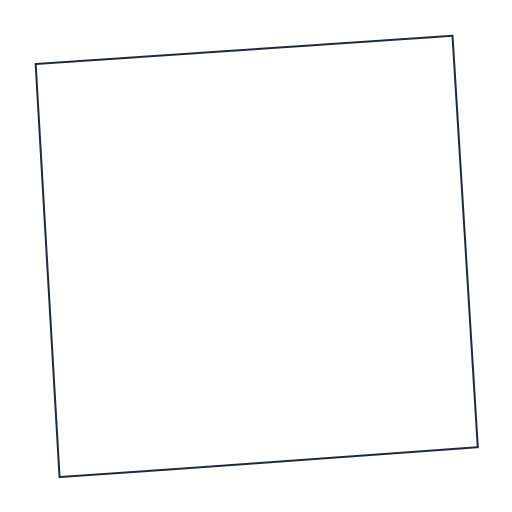 Armstrong, Texas, United States of America (Mercator projection), rotated 356°
{"feature_id": "52423323B62682340625208", "entity_name": "Armstrong", "entity_type": "district", "adm_level": 2, "iso_a3": "USA", "parent_name": "United States of America", "parent_adm1": "Texas", "projection": "mercator", "projection_center": [-101.331, 34.965], "detail": "fine", "context": "isolated", "style": "outline", "palette": "slate", "viewbox_px": 512, "rotation_deg": 356, "n_neighbors": 0, "source": "geoboundaries", "source_scale": "gbopen_adm2", "svg_char_len": 233}
<svg xmlns="http://www.w3.org/2000/svg" viewBox="0 0 512 512"><g transform="rotate(356 256 256)"><path d="M467.4,50.0L49.6,49.1L44.6,462.8L167.4,462.9L463.9,462.2L467.4,50.0Z" fill="none" stroke="#1e293b" stroke-width="2"/></g></svg>